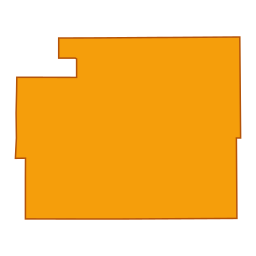 outline of Torrance, New Mexico, United States of America
{"feature_id": "52423323B99143466886484", "entity_name": "Torrance", "entity_type": "district", "adm_level": 2, "iso_a3": "USA", "parent_name": "United States of America", "parent_adm1": "New Mexico", "projection": "albers", "projection_center": [-106.078, 34.651], "detail": "fine", "context": "isolated", "style": "filled", "palette": "amber", "viewbox_px": 256, "rotation_deg": 0, "n_neighbors": 0, "source": "geoboundaries", "source_scale": "gbopen_adm2", "svg_char_len": 442}
<svg xmlns="http://www.w3.org/2000/svg" viewBox="0 0 256 256"><path d="M26.7,77.3L16.8,77.3L16.6,91.1L16.1,112.8L16.4,138.0L15.4,158.3L25.5,158.2L25.4,177.2L25.4,218.9L85.7,219.0L119.4,219.0L236.9,218.4L236.8,198.2L236.4,138.0L240.6,138.0L239.8,37.0L165.3,37.5L159.3,37.5L99.5,37.9L68.1,38.0L58.7,38.0L58.7,58.1L60.4,58.1L75.3,58.1L76.6,58.9L76.6,66.1L76.6,77.4L36.4,77.3L26.7,77.3Z" fill="#f59e0b" stroke="#b45309" stroke-width="1.5"/></svg>